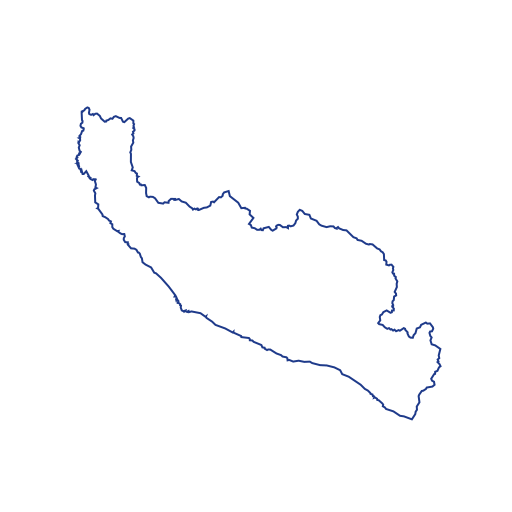 outline of North West Santo, Sanma, Vanuatu, rotated 314°
{"feature_id": "77236927B11778048532769", "entity_name": "North West Santo", "entity_type": "district", "adm_level": 2, "iso_a3": "VUT", "parent_name": "Vanuatu", "parent_adm1": "Sanma", "projection": "mercator", "projection_center": [166.62, -14.862], "detail": "fine", "context": "isolated", "style": "outline", "palette": "blue", "viewbox_px": 512, "rotation_deg": 314, "n_neighbors": 0, "source": "geoboundaries", "source_scale": "gbopen_adm2", "svg_char_len": 6041}
<svg xmlns="http://www.w3.org/2000/svg" viewBox="0 0 512 512"><g transform="rotate(314 256 256)"><path d="M264.4,77.5L266.2,76.7L266.2,75.7L268.2,73.7L267.5,69.4L266.0,68.6L260.8,68.3L260.2,67.0L261.6,63.1L260.5,61.9L259.2,58.0L257.4,57.1L255.0,57.4L253.9,55.7L251.2,55.3L249.5,54.3L248.7,54.8L247.5,53.9L247.3,49.0L248.3,46.3L248.0,42.7L246.7,41.6L244.5,41.3L244.8,40.0L243.0,39.3L242.3,37.5L242.9,36.4L245.6,34.6L246.3,32.8L245.7,31.5L243.2,30.9L241.5,31.3L239.2,30.4L239.2,31.0L238.0,31.0L232.9,36.4L232.6,37.5L231.3,38.5L229.5,38.2L227.7,39.3L227.2,41.1L228.2,43.3L227.8,43.8L226.2,44.7L225.1,44.1L222.1,45.5L219.6,45.6L219.1,46.3L219.6,46.4L219.5,47.0L218.6,47.4L218.0,47.0L218.2,47.9L217.0,49.2L215.6,49.4L215.1,48.9L214.3,50.4L214.3,49.5L213.9,49.6L213.2,52.2L210.9,53.2L209.1,56.1L209.2,57.7L207.7,58.0L207.3,57.5L206.7,57.7L206.8,58.3L205.7,58.5L204.1,57.7L202.5,58.3L202.6,59.1L200.8,59.1L200.8,61.4L200.0,61.4L199.4,63.5L198.8,63.2L199.1,63.7L198.7,63.7L199.0,64.2L198.3,65.3L198.1,63.6L197.7,64.1L196.1,68.1L196.6,69.3L194.6,72.6L196.0,71.8L194.5,74.3L195.3,75.1L199.1,75.0L197.6,79.8L196.8,80.0L197.2,82.3L196.5,82.2L196.4,83.4L197.1,85.6L198.2,85.6L199.8,87.4L200.0,88.3L199.4,87.3L198.3,87.5L196.3,91.1L194.7,92.3L193.8,92.6L193.4,92.2L194.1,94.2L191.6,93.4L190.4,93.9L189.5,96.9L187.7,98.1L182.9,103.1L183.6,106.7L180.9,109.0L180.1,108.8L180.4,109.7L179.2,116.7L178.2,118.0L179.2,120.6L179.8,124.0L179.4,125.5L180.1,127.6L178.5,128.4L179.0,130.6L177.0,132.5L176.5,134.4L177.4,138.8L178.4,139.6L177.7,139.8L178.1,142.8L178.7,144.5L180.3,146.0L179.0,148.0L177.0,148.5L175.8,149.6L175.1,152.3L176.8,154.3L175.5,155.3L175.8,156.0L175.1,156.3L174.7,160.8L176.9,163.5L177.4,165.7L176.5,168.6L177.0,169.2L177.0,170.7L175.3,173.9L175.1,175.5L172.7,178.7L173.1,182.5L174.9,188.5L173.3,194.4L174.1,196.1L174.3,202.8L173.4,214.3L171.7,225.1L170.3,225.6L171.3,226.6L170.4,228.7L169.4,228.5L168.9,229.3L169.5,229.2L169.9,230.1L169.7,231.5L168.6,232.5L168.1,231.9L167.8,232.2L168.5,233.2L168.7,234.9L167.9,235.6L168.2,236.5L166.6,237.7L165.3,240.4L165.9,242.2L167.7,243.1L167.0,243.4L167.5,243.6L167.8,245.0L169.2,245.5L168.7,245.9L169.4,246.3L169.1,246.8L171.3,248.1L176.3,255.8L177.2,261.9L177.9,262.0L177.3,262.3L177.1,263.5L178.3,270.0L178.3,274.7L182.5,284.2L184.8,292.4L185.8,292.4L185.2,292.9L188.1,300.9L187.5,301.8L192.1,307.9L191.9,309.3L191.1,310.1L192.7,312.1L192.6,313.9L195.7,321.7L194.7,324.1L196.0,325.9L195.4,326.7L196.0,329.3L197.2,329.7L198.6,331.2L200.1,338.4L202.1,342.9L202.1,344.9L204.3,348.3L204.2,349.6L202.9,351.2L204.3,352.1L205.9,356.1L210.3,359.4L213.4,364.3L217.4,368.1L218.0,370.8L222.0,377.9L226.4,382.9L230.3,389.7L232.3,395.9L230.9,400.1L233.6,406.6L236.1,420.7L236.0,426.6L236.9,429.9L236.9,433.4L236.4,434.1L237.3,436.0L236.4,437.5L237.0,438.0L236.7,439.3L236.2,439.5L236.9,439.8L237.4,442.3L236.7,443.2L237.5,444.5L237.7,449.4L237.4,450.8L236.0,451.6L236.6,453.9L236.3,455.8L239.7,462.8L241.1,470.6L243.4,473.8L246.8,481.6L252.9,480.4L254.9,479.0L257.2,478.6L259.4,476.2L264.3,475.2L268.2,470.3L269.7,469.7L274.1,469.0L275.3,469.9L278.4,470.6L280.0,470.2L284.6,473.6L287.4,473.9L289.2,471.4L288.6,469.2L289.4,467.3L294.8,466.2L295.6,466.7L297.2,465.3L299.4,466.3L303.0,465.0L304.9,465.3L305.7,463.1L305.8,460.3L306.9,460.5L307.7,458.6L309.8,458.8L311.4,456.5L317.2,453.2L316.2,447.0L314.5,443.7L316.5,440.1L319.4,438.9L319.6,436.9L321.2,434.2L322.6,433.7L324.1,434.9L326.8,434.0L327.6,432.8L328.4,428.0L326.3,426.2L326.1,424.4L321.2,422.6L318.6,423.5L315.5,422.0L311.3,424.3L308.5,424.4L306.1,425.6L304.6,423.8L304.3,421.9L305.5,418.8L306.4,418.1L306.6,414.6L307.2,413.8L306.8,412.4L302.2,411.4L301.8,410.1L299.2,409.0L299.2,406.8L297.6,406.4L297.5,404.3L296.5,403.8L296.5,401.8L294.8,401.0L294.2,398.1L294.4,395.0L292.5,391.9L292.6,390.5L296.0,390.1L298.1,387.4L299.8,386.6L301.4,387.2L304.1,386.6L307.6,387.8L308.6,392.2L309.9,392.8L311.2,391.7L312.5,392.9L313.9,391.7L314.1,389.6L314.7,389.6L314.7,388.8L316.0,388.8L316.8,386.8L318.3,385.7L320.0,385.7L322.8,383.5L325.0,384.2L326.2,382.8L326.5,380.7L331.5,378.9L333.7,376.5L335.9,375.3L336.8,371.9L338.0,371.2L337.8,369.1L339.2,367.6L338.5,366.7L339.0,365.4L341.3,364.5L342.3,363.0L343.6,362.4L343.9,359.5L342.6,358.3L341.6,358.2L340.3,355.7L342.5,353.9L342.9,352.4L342.1,351.0L346.2,346.7L346.7,344.5L346.2,342.7L346.6,340.3L345.6,337.9L345.3,331.8L343.6,329.5L342.7,329.3L341.2,326.6L340.3,321.4L338.1,317.9L338.6,316.1L337.2,313.0L337.3,303.3L335.2,300.6L333.6,296.5L333.8,294.9L332.1,294.6L331.7,295.0L330.9,293.3L331.1,291.2L328.9,288.7L325.8,286.7L323.3,282.0L322.7,279.5L323.4,275.1L321.1,269.4L322.7,265.8L320.1,261.9L320.6,258.0L319.6,255.4L316.9,255.4L314.2,256.5L313.4,258.7L311.9,260.2L309.4,260.2L306.9,261.5L303.9,261.8L301.4,260.3L300.9,258.7L299.9,258.0L298.3,259.6L297.8,257.7L295.4,255.4L294.9,251.6L293.9,250.4L292.0,249.7L291.1,250.0L290.8,251.1L290.0,251.5L285.8,250.4L285.4,248.8L285.8,245.0L281.2,242.2L279.3,243.0L278.4,241.9L278.9,240.4L277.2,240.2L275.6,238.6L275.1,235.8L273.5,233.2L274.7,230.8L274.2,228.7L281.6,227.7L281.5,222.5L284.3,220.3L283.6,216.5L282.7,215.2L283.0,214.6L280.2,212.2L282.0,206.2L280.9,195.6L283.7,191.2L279.6,188.9L277.4,189.2L276.1,190.2L273.8,190.0L272.7,188.5L265.5,188.5L265.3,187.3L263.7,186.2L260.5,188.1L256.8,186.9L254.4,185.0L249.3,182.9L248.9,182.4L249.7,181.3L249.4,180.7L247.8,180.4L247.3,178.8L245.6,178.4L246.0,177.0L245.4,173.9L245.6,168.5L243.6,164.6L243.4,160.9L240.1,158.9L239.7,158.3L240.6,157.9L238.1,155.2L234.9,155.0L233.5,156.1L231.1,152.9L229.2,152.8L226.4,148.8L227.4,143.3L226.9,140.8L225.1,138.6L223.8,138.2L223.1,135.8L224.9,133.2L228.7,129.7L229.8,126.7L227.2,124.4L227.5,123.5L226.7,122.8L227.4,121.3L226.9,118.9L229.0,116.6L230.3,115.9L231.4,116.2L230.8,114.6L232.6,113.1L232.2,111.7L232.7,109.7L231.3,107.1L234.1,105.8L236.7,100.7L242.6,95.1L243.2,93.6L245.7,92.6L248.0,90.1L252.3,89.0L253.7,87.1L255.9,86.0L256.9,84.6L257.4,82.5L259.0,82.7L259.9,81.2L261.9,81.4L262.8,80.6L262.8,78.8L263.9,78.8L264.4,77.5Z" fill="none" stroke="#1e3a8a" stroke-width="2"/></g></svg>